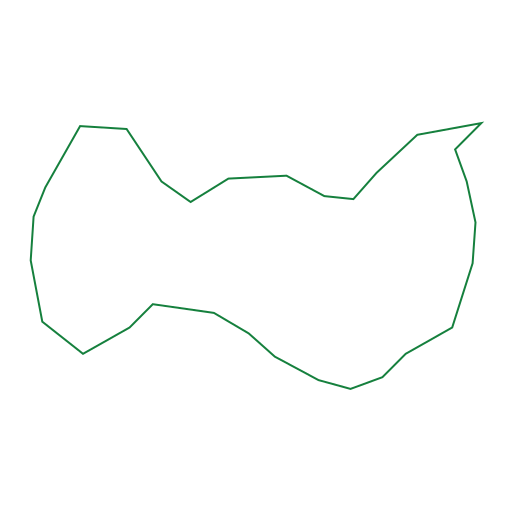 Psimolofou, Nicosia, Cyprus
{"feature_id": "46923920B41112983701045", "entity_name": "Psimolofou", "entity_type": "district", "adm_level": 2, "iso_a3": "CYP", "parent_name": "Cyprus", "parent_adm1": "Nicosia", "projection": "mercator", "projection_center": [33.281, 35.058], "detail": "fine", "context": "isolated", "style": "outline", "palette": "green", "viewbox_px": 512, "rotation_deg": 0, "n_neighbors": 0, "source": "geoboundaries", "source_scale": "gbopen_adm2", "svg_char_len": 493}
<svg xmlns="http://www.w3.org/2000/svg" viewBox="0 0 512 512"><path d="M452.2,327.5L472.6,263.3L475.5,222.4L466.7,181.5L455.1,149.4L481.3,123.1L417.3,134.8L376.6,172.8L353.4,199.1L324.3,196.1L286.5,175.7L228.4,178.6L190.6,202.0L161.5,181.5L126.6,129.0L80.1,126.1L45.3,187.4L33.6,216.6L30.7,260.4L42.3,321.7L83.0,353.8L129.6,327.5L152.8,304.2L213.9,312.9L248.7,333.4L274.9,356.7L318.5,380.1L350.5,388.9L382.4,377.2L405.7,353.8L452.2,327.5Z" fill="none" stroke="#15803d" stroke-width="2"/></svg>